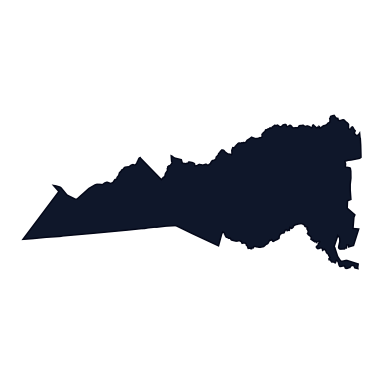 outline of Turbo, Rift Valley, Kenya
{"feature_id": "3690345B72874132614538", "entity_name": "Turbo", "entity_type": "district", "adm_level": 2, "iso_a3": "KEN", "parent_name": "Kenya", "parent_adm1": "Rift Valley", "projection": "robinson", "projection_center": [35.133, 0.601], "detail": "fine", "context": "isolated", "style": "filled", "palette": "ink", "viewbox_px": 384, "rotation_deg": 0, "n_neighbors": 0, "source": "geoboundaries", "source_scale": "gbopen_adm2", "svg_char_len": 6113}
<svg xmlns="http://www.w3.org/2000/svg" viewBox="0 0 384 384"><path d="M357.9,268.6L357.7,267.6L358.2,264.0L346.8,260.4L346.1,260.4L341.8,261.4L340.8,261.0L339.9,260.0L337.6,256.4L334.7,247.4L334.1,246.7L337.8,235.5L339.2,237.2L339.7,238.3L339.8,241.6L338.8,246.1L338.6,247.3L338.8,248.1L339.5,248.9L340.4,249.1L344.6,248.9L345.0,248.0L345.6,247.9L346.4,248.0L346.9,244.9L348.5,244.9L348.7,246.9L353.5,245.5L358.7,229.0L353.0,228.5L353.9,217.3L354.9,214.9L347.2,208.2L347.5,200.8L350.9,199.4L350.2,189.8L350.2,184.4L350.9,178.1L350.8,171.2L350.3,168.2L349.6,167.8L347.6,167.4L346.0,167.3L345.3,166.7L345.6,164.0L345.3,162.8L344.8,161.5L345.4,161.0L346.1,160.9L348.1,160.3L351.1,160.0L359.2,158.4L360.1,158.0L361.0,157.3L360.7,145.2L360.3,138.4L360.0,137.6L359.6,133.2L358.6,134.7L357.8,135.2L356.8,135.6L356.1,135.3L354.8,134.0L354.4,133.1L354.5,132.3L354.9,131.7L355.2,130.8L354.2,129.8L353.0,127.5L352.5,126.9L351.7,127.2L351.2,127.7L350.9,128.7L350.3,129.4L349.5,129.2L348.5,128.5L348.5,124.3L347.2,122.8L345.1,121.3L344.8,120.6L343.9,119.9L343.1,119.7L340.2,120.6L339.2,120.6L338.4,120.2L338.0,119.2L337.9,118.4L336.6,118.2L335.7,117.7L334.2,115.4L332.6,115.7L332.0,116.0L331.2,116.1L330.6,116.5L330.3,117.7L329.7,118.6L330.0,119.6L330.0,121.2L329.8,122.0L329.2,122.6L327.9,123.2L326.8,124.6L325.2,125.4L323.7,125.7L322.3,126.5L321.6,127.3L320.5,128.1L319.7,128.0L319.6,126.9L319.0,126.4L318.8,127.2L318.2,127.6L317.4,127.2L316.8,127.9L316.1,127.8L315.1,126.5L314.4,126.2L313.9,125.4L313.2,124.9L312.7,125.4L312.1,127.5L311.5,127.9L309.4,126.6L308.0,126.1L307.2,125.9L305.4,126.5L304.5,126.2L303.1,125.2L301.6,125.5L299.8,125.6L299.0,126.0L298.5,127.1L297.8,127.8L295.7,127.7L293.4,128.0L292.7,127.6L292.1,127.5L291.8,126.5L290.6,125.4L289.8,125.3L288.6,126.1L287.6,126.6L286.8,126.5L286.3,125.6L286.0,124.7L285.2,124.4L283.1,124.9L281.4,126.6L280.4,126.8L279.4,126.5L277.6,125.1L277.0,125.2L276.3,125.7L275.5,125.6L274.9,125.2L272.1,127.2L271.7,128.1L271.0,128.4L270.1,127.8L268.9,128.9L268.1,128.9L266.9,129.7L265.6,129.9L264.9,131.6L263.3,132.7L263.0,133.5L262.0,134.3L262.2,136.5L261.7,137.3L261.0,137.7L260.0,137.6L258.1,138.4L255.8,138.6L255.0,138.5L251.5,137.2L250.1,138.4L247.1,140.3L246.2,141.8L245.7,142.3L243.9,142.9L243.3,142.5L242.4,143.0L241.6,142.8L240.6,143.3L239.6,143.0L238.6,143.1L237.8,143.7L237.3,144.4L236.5,145.0L235.9,145.9L235.2,146.4L234.9,147.2L234.3,147.8L232.8,147.6L231.8,150.3L232.0,153.7L231.5,154.7L229.7,154.1L228.9,154.3L227.3,153.6L225.1,152.0L224.0,150.6L223.4,150.2L221.9,149.9L220.4,151.4L219.4,153.1L218.7,153.4L218.2,155.1L216.2,157.1L216.0,158.8L214.3,160.3L213.0,160.4L212.2,160.7L210.9,162.4L210.6,163.6L209.7,164.0L207.9,165.5L206.7,164.5L205.9,164.2L202.6,165.2L201.7,164.8L201.0,164.8L199.5,164.4L198.5,164.7L197.4,165.5L195.6,165.9L194.8,165.8L194.5,163.8L193.9,163.3L192.4,162.6L189.5,162.0L188.6,162.1L188.4,163.0L187.9,163.5L187.1,163.2L185.7,163.8L184.9,163.5L183.8,163.5L182.3,163.1L181.3,159.7L174.9,158.1L173.6,157.5L172.4,156.4L171.2,155.8L171.6,161.3L172.1,162.4L172.0,163.1L170.5,165.2L169.6,165.8L169.0,165.8L167.7,166.9L167.8,167.8L167.3,168.6L167.5,169.8L167.3,170.8L165.5,173.4L164.8,176.5L164.3,177.3L163.5,177.2L161.4,179.7L140.5,158.2L140.2,157.6L139.3,158.0L138.8,158.7L138.4,159.5L138.1,160.6L137.5,161.3L137.3,162.1L136.6,163.5L136.0,164.3L135.2,164.9L134.3,165.1L133.6,164.7L132.6,164.6L131.1,165.2L129.0,166.8L127.4,166.9L125.3,167.2L124.5,167.5L123.9,168.2L123.4,169.1L121.6,170.1L121.2,171.1L119.5,172.7L118.7,175.5L117.1,177.4L116.8,179.1L114.9,179.6L112.9,182.6L110.6,183.5L107.5,182.3L106.5,182.3L104.5,183.1L103.0,184.4L101.8,184.6L100.2,184.4L97.0,184.3L95.2,184.8L89.0,188.4L77.0,199.1L75.8,199.3L74.9,199.0L67.3,195.2L66.7,194.7L61.1,187.9L60.0,187.1L55.9,185.9L53.6,185.5L58.9,191.5L23.0,239.3L32.8,238.6L45.7,237.3L60.2,236.4L62.9,235.9L93.8,233.2L128.1,230.0L141.3,228.6L144.4,228.5L148.2,227.8L154.0,227.2L156.7,227.2L165.9,226.1L175.1,225.6L176.5,225.9L192.1,233.5L218.5,245.8L221.8,233.6L222.9,231.8L224.4,233.0L224.5,234.0L225.2,234.5L225.2,235.5L226.3,237.2L227.7,237.5L228.2,238.0L228.9,238.3L230.4,238.2L231.0,239.6L231.7,240.1L235.9,241.1L237.1,241.1L239.2,240.6L241.4,241.6L241.6,242.5L242.1,243.3L243.5,243.0L245.3,243.1L246.0,243.6L246.4,245.2L247.2,245.7L248.2,248.4L249.6,248.2L250.5,248.4L251.0,248.8L251.7,248.7L251.8,248.0L252.4,247.8L253.2,247.9L253.6,246.8L254.2,246.5L255.6,246.5L257.2,247.0L258.0,246.8L258.6,247.2L260.1,247.3L263.5,246.6L264.2,246.1L266.0,244.4L267.4,243.8L267.9,243.4L269.0,241.4L269.8,240.2L270.7,240.4L271.7,239.6L272.8,241.3L273.5,241.4L275.1,240.3L275.9,240.1L276.7,239.6L277.5,239.4L278.0,238.9L278.9,238.5L279.1,237.8L279.2,236.2L280.1,234.3L282.1,233.1L283.9,232.9L284.3,232.3L284.4,231.5L285.0,230.9L285.3,230.1L286.1,229.6L286.8,229.9L287.1,230.7L287.9,230.5L288.5,230.1L289.3,230.3L289.9,227.4L290.7,227.7L291.3,228.4L292.0,228.2L292.8,227.5L293.4,226.8L293.5,225.8L294.1,225.4L294.8,225.3L295.2,224.6L296.8,224.5L298.3,224.0L300.9,223.6L302.6,223.8L303.3,224.5L304.0,224.7L304.6,225.1L304.9,226.3L305.5,226.7L306.2,226.6L306.7,227.1L307.5,227.4L307.5,228.1L307.0,228.5L307.1,229.2L307.6,229.7L308.3,231.4L308.0,232.2L308.0,233.0L307.5,233.5L308.5,234.9L309.2,234.7L309.4,235.4L310.8,236.6L311.2,237.4L311.3,238.5L310.9,239.1L312.5,240.3L313.3,240.2L313.5,241.1L314.5,241.2L314.9,241.8L315.6,241.2L316.2,241.6L316.4,242.3L316.9,241.8L317.8,241.8L318.3,241.2L319.0,241.1L319.7,241.4L319.6,242.3L318.1,244.1L318.4,244.8L318.0,245.5L316.6,246.3L316.3,247.0L316.7,247.8L317.8,248.7L319.1,248.5L319.6,248.1L321.2,247.8L322.3,248.4L322.6,250.3L324.4,249.2L325.1,249.8L326.1,251.3L326.4,252.4L327.5,253.7L328.1,253.9L328.6,254.5L328.7,255.4L330.0,257.5L328.9,258.8L329.1,259.8L329.7,259.8L330.5,260.1L331.4,261.6L332.0,262.1L332.8,261.6L335.2,262.9L335.8,261.8L335.9,260.6L336.6,260.2L338.0,261.5L338.4,262.5L339.1,265.2L339.8,266.4L340.7,266.5L342.8,266.0L344.2,266.0L344.8,266.5L345.2,267.9L346.0,268.4L347.0,268.4L348.5,267.9L349.0,267.5L349.8,267.6L350.9,266.0L351.4,265.6L353.1,265.4L353.7,265.5L354.9,267.9L357.9,268.6Z" fill="#0f172a" stroke="#020617" stroke-width="1.5"/></svg>